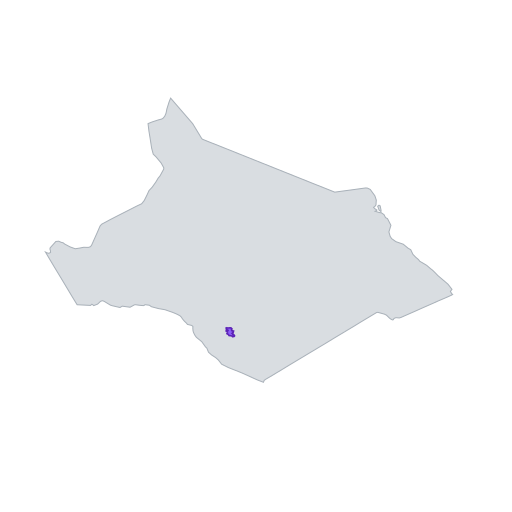 location of Chesumei, Rift Valley, Kenya, rotated 292°
{"feature_id": "3690345B21695789916257", "entity_name": "Chesumei", "entity_type": "district", "adm_level": 2, "iso_a3": "KEN", "parent_name": "Kenya", "parent_adm1": "Rift Valley", "projection": "equal_earth", "projection_center": [35.097, 0.277], "detail": "fine", "context": "in_parent", "style": "filled", "palette": "violet", "viewbox_px": 512, "rotation_deg": 292, "n_neighbors": 0, "source": "geoboundaries", "source_scale": "gbopen_adm2", "svg_char_len": 5069}
<svg xmlns="http://www.w3.org/2000/svg" viewBox="0 0 512 512"><g transform="rotate(292 256 256)"><path d="M141.7,310.2L141.6,303.6L142.3,286.8L142.2,272.1L142.8,264.7L145.5,260.0L146.7,256.6L147.6,251.9L149.0,248.0L152.2,244.9L152.8,243.2L156.2,237.9L158.3,231.1L159.8,228.8L161.7,226.7L163.1,225.6L165.3,224.5L167.0,223.9L167.3,223.3L167.5,222.2L166.9,218.0L167.7,216.7L168.8,213.9L170.2,211.3L171.4,209.6L172.1,207.9L172.4,205.0L172.5,202.9L172.5,199.5L172.1,191.7L170.7,185.2L169.8,178.0L170.4,175.6L169.3,171.3L168.7,171.1L167.8,170.2L166.6,166.2L165.7,162.5L165.2,161.6L161.3,158.4L159.4,150.8L157.3,149.2L156.1,141.7L155.9,139.5L157.1,132.1L157.0,130.3L155.7,128.8L152.1,127.2L149.2,124.1L149.6,123.0L149.8,121.9L148.2,121.1L143.8,108.4L149.5,100.7L155.4,92.9L162.8,83.1L169.6,74.0L175.5,66.2L180.8,59.3L180.7,60.6L180.7,62.4L181.4,63.4L182.4,64.2L183.9,63.4L185.3,62.3L186.5,62.1L194.5,65.0L195.8,67.5L195.7,70.2L196.0,72.2L195.4,74.2L194.8,80.2L195.0,85.7L197.4,89.7L199.5,92.9L201.2,97.4L202.4,98.8L204.1,99.5L209.6,99.7L217.6,100.0L225.4,100.2L226.1,100.4L227.7,101.0L234.9,107.0L241.4,112.6L246.9,117.4L252.3,122.1L257.5,126.6L261.6,130.4L265.6,131.6L272.1,132.1L276.6,132.3L280.7,133.9L286.9,135.4L291.5,136.1L294.3,137.0L302.0,137.9L303.3,137.4L306.7,133.2L310.4,126.3L311.9,122.6L316.8,118.9L325.5,113.7L331.6,110.0L338.3,106.3L341.4,109.5L345.7,114.6L347.6,117.2L349.1,118.3L351.4,119.0L354.3,119.1L355.8,118.9L358.9,118.3L366.2,117.7L370.4,117.7L366.9,124.5L362.7,132.7L355.0,147.7L349.1,155.6L344.6,161.6L344.2,162.6L344.2,169.3L344.3,185.6L344.4,218.2L344.5,250.7L344.6,283.3L344.7,299.6L344.7,305.1L348.6,311.9L352.4,318.6L357.5,327.5L360.2,332.2L360.7,333.8L360.5,337.0L356.4,343.6L352.9,346.6L348.3,348.1L346.9,347.8L345.1,346.8L344.4,348.4L343.9,350.9L342.9,350.4L342.1,349.7L342.5,354.1L343.0,356.2L342.3,359.2L340.1,361.7L339.9,363.9L335.0,369.6L328.1,370.2L324.5,373.0L322.9,375.3L321.7,380.4L322.1,388.1L320.2,394.1L319.8,397.1L316.3,400.9L314.7,404.5L313.5,408.1L312.5,409.7L311.3,417.7L309.6,422.7L309.2,424.3L308.7,425.7L307.5,428.6L306.6,430.6L306.0,431.9L301.8,444.5L298.5,450.2L296.0,449.5L294.3,451.7L294.1,452.7L293.2,452.2L291.0,450.1L286.6,445.8L282.3,441.5L277.9,437.3L273.5,433.0L269.1,428.7L264.7,424.5L260.3,420.2L255.9,415.9L253.3,413.4L252.2,412.0L251.3,409.0L250.8,408.3L249.7,407.3L248.3,407.1L247.9,406.6L247.9,405.2L248.4,403.1L250.0,399.2L250.2,396.9L249.9,394.3L249.4,390.1L248.9,389.1L246.0,386.9L239.9,382.3L233.8,377.7L227.7,373.2L221.6,368.6L215.5,364.0L209.4,359.4L203.2,354.8L197.1,350.2L191.0,345.6L184.9,341.0L178.8,336.4L172.7,331.8L166.6,327.2L160.4,322.6L154.3,318.0L148.2,313.4L145.9,311.6L143.8,310.2L141.7,310.2ZM345.1,354.9L344.0,355.2L344.6,353.0L347.7,350.2L349.0,350.8L349.2,351.4L349.2,352.0L348.6,352.6L345.1,354.9Z" fill="#d9dde1" stroke="#a8b0b8" stroke-width="1"/><path d="M178.3,255.6L178.2,255.4L178.1,255.5L177.9,255.5L177.7,255.5L177.4,255.6L177.2,255.6L177.1,255.9L177.1,256.0L176.9,256.2L176.9,256.3L176.8,256.5L176.7,256.6L176.7,256.8L176.7,257.0L176.8,257.1L176.8,257.4L176.8,257.5L176.7,257.7L176.6,257.8L176.6,258.0L176.4,258.0L176.4,257.9L176.2,257.8L176.2,257.7L176.0,257.4L176.0,257.2L176.0,256.9L176.0,256.7L175.9,256.4L175.7,256.3L175.4,256.3L175.3,256.5L175.2,256.5L175.2,256.9L175.2,257.1L175.2,257.3L175.1,257.5L174.9,257.8L174.8,258.0L174.7,258.2L174.7,258.3L174.7,258.2L174.4,258.2L174.3,258.3L174.2,258.3L173.9,258.4L173.8,258.2L173.7,258.1L173.4,258.0L173.1,258.1L173.0,258.3L172.9,258.5L172.9,258.8L173.0,259.1L172.9,259.5L172.5,260.3L172.3,260.5L172.1,260.9L172.2,261.0L172.3,261.2L172.3,261.3L172.3,261.5L172.5,261.8L172.5,262.0L172.5,262.3L172.6,262.5L172.7,262.8L172.7,263.0L172.8,263.4L172.8,263.5L172.7,263.7L172.8,263.7L172.8,263.8L172.7,263.9L172.7,264.0L172.7,264.3L172.7,264.5L172.6,264.8L172.4,264.9L172.4,265.0L172.4,265.3L172.4,265.2L172.5,265.2L172.8,265.2L172.8,265.3L172.9,265.5L173.0,265.6L173.1,265.8L173.3,265.9L173.4,265.7L173.4,265.8L173.5,265.9L173.8,265.9L174.0,266.0L174.2,265.9L174.3,265.6L174.5,265.5L174.5,265.4L174.5,265.2L174.6,264.9L174.5,264.6L174.4,264.5L174.4,264.4L174.4,264.2L174.5,264.1L174.5,263.9L174.8,263.9L175.0,263.8L175.3,263.8L175.4,263.7L175.5,263.6L175.4,263.4L175.3,263.1L175.3,262.8L175.5,262.9L175.8,262.9L175.9,263.0L176.0,263.0L176.1,263.3L176.0,263.5L176.3,263.5L176.5,263.5L176.6,263.4L176.8,263.2L177.0,263.2L177.1,263.3L177.2,263.5L177.3,263.5L177.4,263.4L177.5,263.4L177.6,263.2L177.6,262.8L177.7,262.7L177.8,262.5L178.0,262.7L178.0,262.4L178.0,262.2L177.9,261.9L177.9,261.7L177.7,261.6L177.8,261.4L178.0,261.2L178.3,261.0L178.4,260.9L178.5,260.9L178.8,260.8L178.9,260.7L179.0,260.7L179.1,260.8L179.3,260.8L179.5,261.0L179.6,260.9L179.6,260.7L179.6,260.4L179.7,260.1L179.8,260.0L180.0,259.9L180.0,259.7L179.9,259.3L179.8,259.2L179.7,259.0L179.7,258.9L179.6,258.7L179.5,258.4L179.4,258.3L179.4,258.2L179.2,257.9L179.1,257.7L179.0,257.4L178.9,257.2L178.8,256.9L178.7,256.8L178.7,256.7L178.6,256.4L178.5,256.2L178.5,255.9L178.4,255.9L178.4,255.7L178.3,255.6Z" fill="#8b5cf6" stroke="#5b21b6" stroke-width="1.5"/></g></svg>